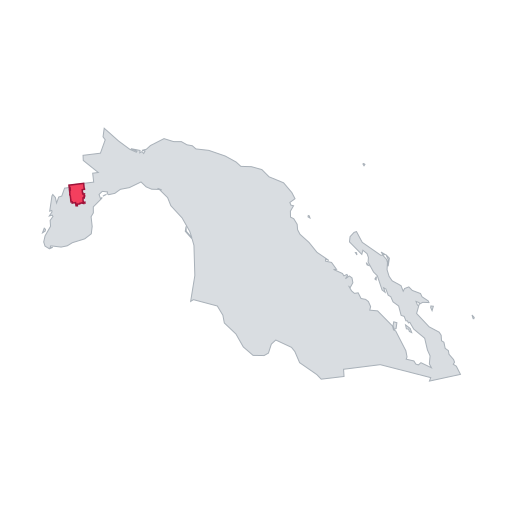 Calakmul, Campeche, Mexico shown in context, rotated 173°
{"feature_id": "50627088B56172328383937", "entity_name": "Calakmul", "entity_type": "district", "adm_level": 2, "iso_a3": "MEX", "parent_name": "Mexico", "parent_adm1": "Campeche", "projection": "natural_earth1", "projection_center": [-89.72, 18.488], "detail": "fine", "context": "in_parent", "style": "filled", "palette": "rose", "viewbox_px": 512, "rotation_deg": 173, "n_neighbors": 0, "source": "geoboundaries", "source_scale": "gbopen_adm2", "svg_char_len": 5596}
<svg xmlns="http://www.w3.org/2000/svg" viewBox="0 0 512 512"><g transform="rotate(173 256 256)"><path d="M67.5,113.6L99.1,110.7L97.4,114.0L145.9,133.0L182.9,132.9L183.3,125.7L206.3,125.8L210.1,130.9L225.7,144.8L229.1,156.5L231.9,161.0L246.6,170.2L251.5,166.7L255.5,158.1L260.1,156.2L271.0,157.7L279.7,167.3L285.4,181.0L295.6,193.4L296.1,201.3L300.5,211.1L323.4,220.3L326.4,218.9L319.1,244.0L316.3,274.1L317.3,280.6L323.2,289.2L321.8,293.9L322.2,289.2L317.4,281.8L318.8,288.6L324.7,302.8L334.4,316.3L336.6,324.7L343.4,333.3L341.5,333.1L345.4,335.2L344.2,333.9L351.4,335.0L356.6,338.0L361.1,343.5L373.4,339.3L382.5,338.7L388.5,335.4L394.8,334.8L396.1,336.0L395.6,337.7L400.7,338.9L404.3,336.2L403.3,331.8L401.6,332.9L402.1,332.0L411.5,324.6L412.2,318.6L414.9,315.1L415.0,305.3L416.8,298.1L423.9,293.9L436.6,291.6L442.1,289.1L448.3,288.6L458.5,291.1L459.3,289.5L456.7,289.4L460.1,288.3L464.2,291.5L465.0,295.8L462.9,301.7L456.3,310.5L456.0,316.4L452.7,320.0L453.3,321.4L456.3,320.9L453.1,324.6L453.2,326.1L455.3,325.6L451.2,340.5L450.2,341.8L448.0,338.5L447.5,332.9L444.6,338.6L441.5,339.1L437.7,346.7L433.2,346.7L432.9,349.1L408.1,349.1L408.0,358.1L402.4,358.1L415.8,371.9L415.4,377.0L397.9,377.0L391.5,389.7L393.3,392.9L391.1,401.3L378.4,386.9L368.3,377.3L362.1,373.6L361.4,374.5L367.1,377.8L358.2,374.9L358.8,372.6L356.4,373.5L355.0,371.4L353.3,373.7L356.3,374.8L351.8,375.3L347.3,378.5L333.0,383.7L323.9,379.6L316.1,378.6L311.0,374.8L305.8,373.2L302.6,369.6L290.0,366.6L274.4,359.0L264.3,351.7L260.1,346.8L249.6,345.2L239.6,341.0L233.4,333.0L219.7,325.3L212.7,314.6L210.3,308.1L215.9,305.0L215.1,302.2L212.6,301.3L216.4,296.3L217.0,290.4L214.0,288.4L211.3,282.5L211.5,277.0L209.7,272.2L201.8,263.1L195.0,252.2L184.2,242.7L187.3,244.5L187.6,242.4L181.8,240.4L177.7,232.9L180.7,233.2L172.3,228.1L171.2,225.6L168.0,226.6L167.5,225.4L170.0,222.5L165.8,224.8L163.4,222.6L163.1,217.7L166.2,213.4L167.3,214.2L165.4,209.7L162.8,206.9L159.1,207.0L156.9,201.0L152.5,199.6L150.0,197.1L148.4,191.8L149.7,188.4L142.0,186.7L129.1,169.9L128.5,165.9L126.5,164.6L118.8,143.7L118.4,137.4L119.5,135.3L112.1,132.6L110.5,129.2L108.1,128.1L105.3,130.0L95.5,123.7L97.1,127.8L95.4,135.6L97.3,141.9L98.6,153.8L108.4,164.3L111.4,171.4L112.9,171.0L113.6,173.2L115.1,173.4L116.3,178.0L119.2,179.4L120.5,189.0L125.6,193.8L127.2,199.2L129.6,201.0L131.1,207.4L133.2,208.9L132.2,204.2L135.0,206.9L138.0,221.6L141.3,225.8L145.5,236.4L144.6,240.8L145.5,244.8L149.2,248.7L150.8,244.7L161.5,258.6L160.3,263.7L155.8,267.5L153.3,268.0L148.9,256.6L131.9,241.4L130.3,241.6L126.9,236.8L126.3,233.6L127.6,226.4L126.4,219.6L123.9,214.8L115.7,208.9L114.2,203.1L112.5,205.6L108.1,206.7L105.1,202.8L97.3,198.7L96.2,195.3L90.5,190.4L90.0,188.7L96.2,189.7L99.8,188.2L99.7,189.8L102.7,191.4L101.7,187.5L100.3,187.3L103.6,179.4L92.8,164.6L83.5,158.1L81.9,154.8L82.2,149.3L80.0,147.5L79.5,141.3L76.6,138.6L76.4,134.9L72.5,129.1L71.9,126.4L73.4,124.5L70.6,122.2L67.5,113.6ZM128.5,170.1L127.3,173.9L124.3,172.6L125.8,166.9L127.7,166.3L128.5,170.1ZM116.0,169.4L111.8,165.3L110.8,161.0L113.0,162.4L113.4,164.8L115.6,165.4L116.0,169.4ZM462.8,309.4L461.7,308.1L462.2,306.4L465.1,305.0L462.8,309.4ZM126.9,241.5L123.9,237.6L126.1,229.7L125.3,236.8L126.9,241.5ZM88.5,185.1L86.1,184.5L87.9,180.3L88.9,183.5L88.5,185.1ZM48.8,171.1L46.9,168.4L47.4,167.2L48.1,167.3L48.8,171.1ZM129.6,241.6L131.4,244.7L127.5,241.7L129.6,241.6ZM199.6,288.5L199.2,289.8L198.2,289.3L197.8,287.1L199.6,288.5ZM146.8,233.6L147.4,236.0L145.4,232.9L146.8,233.6ZM139.7,217.6L140.8,218.7L139.0,220.9L139.7,217.6ZM138.7,334.3L137.9,334.7L136.7,333.7L137.8,332.4L138.7,334.3ZM399.1,334.8L396.9,335.4L400.7,334.0L399.1,334.8ZM156.9,247.3L155.8,247.0L155.7,244.7L156.9,247.3Z" fill="#d9dde1" stroke="#a8b0b8" stroke-width="1"/><path d="M418.2,349.1L419.6,349.1L419.8,349.1L420.1,349.1L420.5,349.1L422.4,349.1L422.5,349.1L423.4,349.1L423.6,349.1L424.1,349.1L424.6,349.1L425.0,349.1L425.5,349.1L425.8,349.1L426.0,349.1L428.4,349.1L429.4,349.1L430.6,349.1L430.8,349.1L431.0,349.1L431.4,349.1L431.5,349.1L431.9,349.1L432.0,349.1L432.3,349.1L432.5,349.1L433.0,349.1L433.0,347.1L433.0,346.9L432.5,346.9L432.3,346.9L432.2,346.7L432.2,346.4L432.2,346.1L432.2,345.8L432.4,345.9L432.8,345.9L432.8,345.5L432.8,345.4L433.1,345.3L433.1,345.2L433.1,344.9L432.6,344.9L432.3,344.9L432.3,343.9L432.8,343.9L433.1,343.9L433.1,343.4L433.1,342.6L432.9,342.7L433.0,341.5L433.2,340.0L433.3,340.0L433.4,339.3L433.3,339.1L433.2,339.0L433.0,338.6L433.0,337.4L433.0,335.0L433.0,334.6L433.0,334.4L432.9,334.2L433.1,334.1L433.1,333.4L433.0,332.7L433.0,332.2L432.2,332.2L431.9,332.2L431.8,331.4L431.9,330.9L431.0,331.0L430.9,331.0L430.0,330.9L429.4,330.9L428.6,331.0L428.6,330.2L428.5,328.4L428.5,328.1L428.5,327.8L427.2,327.6L427.1,328.6L427.1,329.3L426.7,329.3L426.0,329.2L425.6,329.2L424.6,329.2L424.5,329.7L423.0,329.8L422.5,329.8L421.4,329.4L421.6,329.8L419.4,329.4L419.4,329.7L419.4,329.9L419.3,330.2L420.7,330.3L420.7,330.8L421.0,330.8L420.9,331.6L420.7,334.0L420.6,334.8L420.3,334.8L420.2,334.8L419.9,334.8L419.9,334.7L419.7,334.6L419.4,334.5L419.3,334.8L419.3,335.1L419.6,335.2L419.6,335.4L419.6,335.5L419.4,335.5L419.2,335.5L419.1,335.9L419.1,336.0L418.9,336.0L418.8,336.3L418.7,336.4L418.7,336.6L418.7,336.8L418.8,336.8L418.8,337.0L418.8,337.3L419.2,337.3L419.2,337.5L419.2,337.8L419.2,338.0L419.3,338.0L419.3,338.3L419.3,338.5L419.2,338.6L419.5,338.6L419.9,338.7L420.3,338.7L420.2,339.5L420.2,339.9L420.5,339.9L420.5,341.3L420.5,341.7L420.4,342.5L420.4,343.0L418.1,343.1L418.1,343.5L418.3,343.5L418.3,344.5L418.3,345.0L418.3,345.9L418.2,349.1Z" fill="#f43f5e" stroke="#9f1239" stroke-width="1.5"/></g></svg>